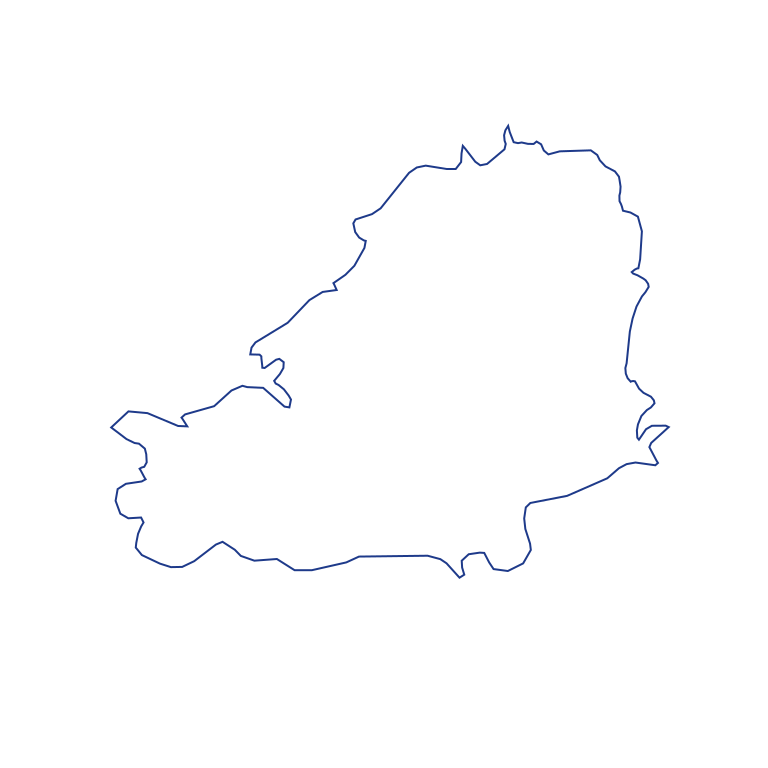 the border of Tavastia Proper, rotated 344°
{"feature_id": "FIN-3185", "entity_name": "Tavastia Proper", "entity_type": "Region", "adm_level": 1, "iso_a3": "FIN", "parent_name": "Finland", "parent_adm1": "", "projection": "mercator", "projection_center": [24.379, 60.938], "detail": "fine", "context": "isolated", "style": "outline", "palette": "blue", "viewbox_px": 768, "rotation_deg": 344, "n_neighbors": 0, "source": "natural_earth", "source_scale": "10m", "svg_char_len": 2659}
<svg xmlns="http://www.w3.org/2000/svg" viewBox="0 0 768 768"><g transform="rotate(344 384 384)"><path d="M543.7,200.9L564.5,191.6L567.2,186.8L567.0,183.4L568.0,178.0L570.6,173.6L574.5,170.1L574.3,176.4L575.3,187.3L579.2,189.4L582.9,189.8L588.5,192.8L594.0,194.5L597.5,193.0L601.1,196.9L602.0,203.6L605.3,208.6L617.1,208.8L647.2,216.4L652.1,222.6L653.1,228.4L656.9,235.9L664.6,243.3L667.0,249.5L666.6,253.3L665.8,259.5L663.9,264.8L662.2,267.8L660.8,273.2L661.4,276.3L661.6,279.0L661.5,283.3L668.2,287.1L674.2,293.1L674.0,308.3L664.6,334.7L660.4,342.9L658.9,342.7L656.5,343.2L653.0,344.7L653.9,346.5L657.7,349.4L662.4,354.2L664.1,356.4L665.5,360.5L665.2,363.6L660.6,367.8L656.1,370.9L648.1,379.1L641.0,389.6L634.8,401.3L622.9,431.0L620.4,435.2L619.3,440.7L619.8,445.6L621.8,449.8L622.6,449.6L624.3,449.8L626.0,450.6L627.9,458.8L631.0,464.0L637.1,469.8L638.9,474.1L638.7,477.1L634.1,480.1L629.5,481.5L622.6,485.7L617.0,492.8L614.3,498.3L612.7,505.4L613.7,507.8L623.4,499.7L630.0,498.0L643.3,501.7L645.8,503.9L624.6,514.3L621.7,517.8L624.8,532.7L625.6,535.4L622.4,536.9L604.1,528.8L595.1,527.9L586.7,529.7L572.6,536.2L529.2,542.0L491.9,538.7L486.3,541.7L481.7,551.9L479.9,562.3L480.4,577.7L479.4,584.0L468.3,594.8L451.5,597.9L438.3,592.1L435.9,584.5L433.8,574.0L429.6,572.5L418.5,571.0L410.0,575.3L408.5,582.0L408.6,589.4L403.2,591.0L394.7,573.6L389.9,567.9L378.6,561.1L312.4,543.0L298.6,545.1L263.3,543.1L246.7,538.3L232.8,522.7L210.7,518.1L199.0,509.8L194.9,502.2L185.3,491.2L178.2,492.0L152.7,502.0L139.6,504.2L128.7,501.3L119.1,494.9L104.1,481.7L100.3,472.8L102.1,468.4L106.3,460.2L111.3,454.0L114.7,450.8L113.7,445.4L101.2,442.6L94.8,436.0L93.8,422.3L99.0,411.6L108.4,408.8L124.2,410.9L128.6,409.9L128.0,408.0L126.3,400.0L125.7,398.1L127.8,397.5L130.7,397.5L134.3,393.9L136.1,386.0L136.3,380.2L132.0,373.8L128.0,372.0L121.3,366.0L109.8,350.6L130.8,339.9L148.6,346.8L174.5,367.6L183.2,370.5L180.7,362.1L180.1,360.5L184.4,358.4L214.6,358.5L235.6,348.2L247.4,346.7L251.7,349.3L266.8,354.4L282.1,378.3L286.6,380.4L290.3,373.3L289.2,368.9L286.3,361.5L282.4,355.9L280.0,353.7L279.3,350.7L286.7,345.7L291.7,340.9L293.6,335.4L290.3,331.0L287.0,330.9L273.7,335.7L271.5,334.8L272.0,332.8L273.2,325.6L273.7,323.6L272.5,321.5L263.6,318.7L266.7,312.5L271.9,308.6L308.3,298.6L335.4,282.8L350.4,278.6L364.4,280.6L363.5,274.4L363.2,273.1L377.0,268.4L388.1,262.2L402.7,247.8L405.9,241.4L404.2,240.4L400.5,236.4L398.2,230.0L398.8,221.1L402.0,218.0L419.3,217.4L429.2,214.2L466.3,187.9L475.2,184.9L484.3,185.6L503.5,194.6L512.2,197.1L519.3,191.9L522.1,183.7L525.4,176.8L527.0,180.3L533.0,195.5L536.8,200.3L543.7,200.9Z" fill="none" stroke="#1e3a8a" stroke-width="2"/></g></svg>